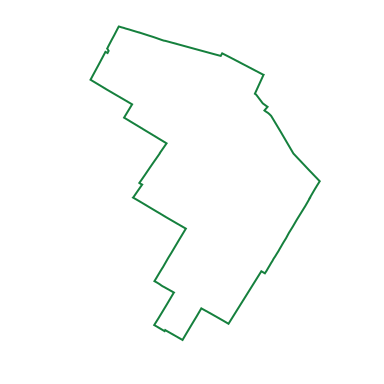 Milosesti, Ialomita, Romania (Robinson projection), rotated 12°
{"feature_id": "2599482B31201571212369", "entity_name": "Milosesti", "entity_type": "district", "adm_level": 2, "iso_a3": "ROU", "parent_name": "Romania", "parent_adm1": "Ialomita", "projection": "robinson", "projection_center": [27.204, 44.736], "detail": "fine", "context": "isolated", "style": "outline", "palette": "green", "viewbox_px": 384, "rotation_deg": 12, "n_neighbors": 0, "source": "geoboundaries", "source_scale": "gbopen_adm2", "svg_char_len": 2063}
<svg xmlns="http://www.w3.org/2000/svg" viewBox="0 0 384 384"><g transform="rotate(12 192 192)"><path d="M255.1,313.3L276.3,255.1L280.2,256.4L281.3,253.6L282.2,250.8L283.5,247.0L284.1,245.1L285.0,242.7L285.5,240.9L286.0,239.5L286.6,238.1L287.8,234.7L288.9,231.7L289.5,229.7L290.6,226.4L291.1,224.8L292.0,222.1L293.6,217.7L295.3,211.8L297.8,204.9L299.8,198.8L300.4,197.0L305.0,184.2L305.6,182.6L307.0,178.3L308.2,174.5L308.5,173.7L308.3,173.7L309.3,170.6L311.2,164.8L311.7,163.3L313.0,159.6L314.0,156.9L314.5,155.4L314.7,154.9L313.5,154.1L301.7,146.1L283.2,133.3L265.8,114.2L253.6,101.1L251.6,99.8L250.9,99.4L250.0,98.9L249.7,98.8L248.7,98.4L247.7,98.0L247.4,97.9L246.7,97.6L245.9,97.2L246.2,96.6L248.2,93.0L242.8,90.6L234.5,83.4L233.1,82.8L237.6,62.5L237.4,62.5L228.1,59.9L200.5,52.2L192.7,50.1L191.9,52.5L191.8,52.9L191.7,52.9L185.6,52.6L164.2,51.4L148.8,50.5L134.3,49.7L133.0,49.8L131.1,49.6L127.2,49.1L125.0,48.8L121.7,48.4L116.5,47.9L114.5,47.7L108.7,47.1L107.2,46.9L106.9,46.9L106.9,47.0L104.5,46.8L99.7,46.4L96.5,46.1L92.9,45.9L91.5,45.7L90.0,45.6L89.1,45.6L86.0,45.3L85.9,45.5L85.3,47.6L83.3,54.9L81.9,59.6L79.9,66.7L79.7,67.5L79.5,68.3L79.5,68.7L79.2,69.3L81.1,71.3L80.5,73.6L78.2,72.9L74.4,86.3L71.0,97.8L69.4,103.3L87.3,109.5L115.2,118.7L110.1,133.4L157.0,149.7L152.4,160.7L152.5,160.9L147.9,171.7L145.9,176.5L144.8,179.2L144.1,180.9L142.4,185.1L139.3,192.5L138.6,194.1L139.8,194.6L141.7,195.1L137.8,204.4L135.9,209.0L135.5,209.7L141.9,211.8L171.8,222.0L182.2,225.4L183.7,225.9L193.6,229.1L189.1,242.1L184.1,256.9L184.0,257.1L182.4,261.6L179.1,271.9L178.9,272.3L177.8,275.4L177.4,276.5L175.3,282.7L174.0,286.5L173.8,287.0L174.4,287.2L176.1,287.7L178.4,288.5L179.2,288.8L180.2,289.2L180.6,289.4L181.0,289.6L181.5,289.8L182.8,290.3L185.0,290.9L186.5,291.4L188.5,292.0L195.2,294.1L195.1,294.3L190.9,306.8L185.2,323.2L185.1,323.4L182.7,330.0L194.1,333.8L194.5,332.6L195.3,332.9L213.5,338.7L215.3,333.3L215.4,333.0L219.3,321.6L221.0,316.7L222.5,312.4L225.3,303.9L236.8,307.4L249.4,311.4L255.1,313.3Z" fill="none" stroke="#15803d" stroke-width="2"/></g></svg>